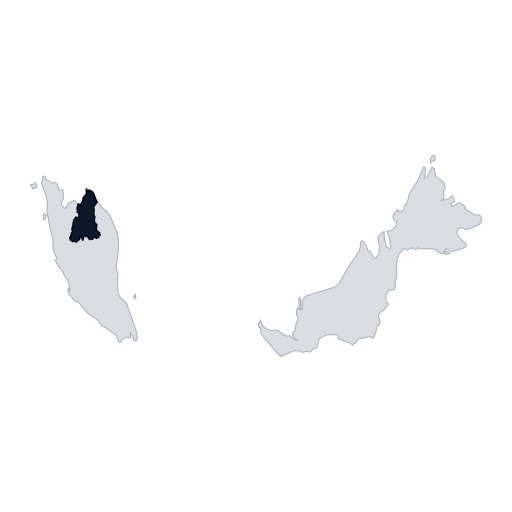 Kelantan on a map of Malaysia (Equal Earth projection)
{"feature_id": "MYS-1144", "entity_name": "Kelantan", "entity_type": "State", "adm_level": 1, "iso_a3": "MYS", "parent_name": "Malaysia", "parent_adm1": "", "projection": "equal_earth", "projection_center": [101.974, 5.407], "detail": "fine", "context": "in_parent", "style": "filled", "palette": "ink", "viewbox_px": 512, "rotation_deg": 0, "n_neighbors": 0, "source": "natural_earth", "source_scale": "10m", "svg_char_len": 8114}
<svg xmlns="http://www.w3.org/2000/svg" viewBox="0 0 512 512"><path d="M442.9,253.9L440.1,253.2L436.1,249.9L432.0,248.8L420.2,248.7L418.5,247.7L416.2,249.7L412.1,248.0L409.8,248.2L407.2,250.2L403.5,248.4L401.7,251.3L399.3,253.2L396.9,261.1L396.4,270.6L396.9,276.4L395.7,279.6L395.3,286.2L394.4,289.1L391.1,290.4L389.6,289.4L386.6,293.5L385.9,295.1L385.8,301.5L388.1,303.6L388.1,305.0L383.3,310.3L379.1,313.4L378.5,316.2L380.1,321.8L379.4,324.5L377.2,325.8L375.6,333.1L373.6,337.7L372.8,338.2L370.0,336.7L358.8,338.7L355.5,342.6L352.4,344.9L349.8,342.7L348.6,342.8L338.2,338.8L337.7,335.2L336.7,334.6L326.0,334.9L319.3,338.6L316.8,347.8L313.2,348.7L310.6,351.9L306.0,351.5L303.1,352.4L298.6,350.9L294.3,350.7L280.6,356.5L276.2,352.3L262.9,336.0L261.0,333.1L260.6,328.1L259.1,327.2L258.5,325.9L258.3,324.4L260.4,320.3L262.5,325.6L265.8,328.5L271.6,330.6L277.0,329.9L284.5,335.2L287.0,336.1L289.6,335.7L294.2,339.8L297.1,339.9L293.3,337.1L292.6,334.9L293.0,332.6L295.5,329.3L295.9,324.2L297.7,319.2L298.1,316.9L296.7,315.1L296.4,312.0L297.5,307.7L300.0,309.9L302.1,309.4L302.1,301.5L303.7,298.2L306.2,295.8L331.8,288.0L336.1,286.1L338.9,283.8L348.1,267.2L359.0,251.7L360.4,246.2L360.3,242.3L361.0,241.4L362.1,240.8L364.6,242.9L365.8,244.4L368.2,251.1L370.3,251.3L373.9,257.7L374.8,258.5L375.8,258.0L378.6,254.0L379.4,250.9L378.7,250.5L380.0,247.0L378.9,244.8L377.8,237.0L384.2,231.3L384.3,237.8L386.2,247.1L389.4,248.4L391.0,247.9L390.1,245.1L389.8,239.6L388.9,236.0L386.8,231.3L392.2,230.3L396.3,225.3L396.9,222.2L394.2,220.4L393.2,218.0L393.1,215.4L397.3,209.6L397.8,211.2L400.5,211.7L401.8,211.6L403.6,209.2L404.5,205.8L407.7,200.9L409.4,193.3L417.5,181.1L423.8,166.7L425.1,167.8L425.6,171.7L424.2,178.5L427.1,176.9L431.9,167.3L434.8,168.9L434.6,171.5L435.8,176.3L443.9,182.6L445.2,188.9L443.4,191.2L444.1,197.2L443.5,199.1L440.8,200.8L448.1,199.1L452.3,195.6L454.9,201.5L450.8,203.9L451.7,206.4L455.6,204.9L458.0,202.8L460.4,203.3L464.1,205.7L465.3,207.0L466.0,209.9L468.8,210.9L474.4,214.9L479.5,214.9L481.3,216.9L481.2,222.1L478.5,225.1L468.0,229.3L465.2,229.2L461.3,227.7L458.5,228.6L456.8,233.5L460.1,238.5L465.6,243.6L466.4,244.9L465.3,247.5L452.9,251.4L450.3,251.1L445.7,248.6L442.9,253.9ZM41.6,183.6L42.9,176.5L44.9,176.2L46.8,180.3L53.3,183.4L55.3,182.4L56.2,183.1L57.1,184.1L58.9,189.7L63.0,189.8L63.5,198.6L61.6,202.0L61.4,204.4L64.4,208.5L66.2,207.5L67.7,203.8L74.6,200.1L77.4,204.1L80.0,204.1L81.9,202.7L83.3,197.9L86.0,194.3L87.1,189.8L91.1,191.0L92.6,192.0L97.0,201.5L102.9,208.3L107.3,212.0L110.0,215.6L117.3,232.9L118.2,238.5L118.5,247.0L117.4,259.9L116.1,266.4L116.4,269.4L118.2,274.1L117.6,278.5L117.9,292.3L120.1,297.2L126.5,303.2L135.8,329.8L137.4,337.3L136.6,340.2L134.9,340.9L133.5,339.4L132.6,335.8L130.4,332.9L130.6,338.1L126.6,337.4L123.8,338.3L120.4,341.9L118.8,342.0L116.0,335.3L105.4,327.6L101.5,325.7L97.4,319.9L88.1,313.5L82.2,307.3L79.7,303.4L73.7,300.0L71.1,296.0L68.5,293.8L69.9,289.9L68.7,282.3L64.4,275.6L62.3,270.8L58.3,266.1L55.2,260.2L57.1,258.5L54.0,252.2L52.9,247.6L52.9,239.0L49.7,226.9L46.9,210.0L47.4,204.1L46.7,197.8L41.6,183.6ZM432.1,161.2L430.8,162.8L430.3,158.3L432.2,155.9L434.9,155.5L435.0,159.5L434.4,160.7L432.1,161.2ZM35.4,182.9L37.0,186.2L35.8,188.1L34.8,187.6L33.0,189.1L31.0,185.9L30.7,184.3L33.1,184.6L35.4,182.9ZM300.9,308.3L300.2,308.7L299.1,307.6L298.8,298.2L299.6,297.4L300.6,299.2L300.9,308.3ZM46.6,215.5L44.9,220.0L43.2,219.5L43.5,214.4L44.4,213.7L46.6,215.5ZM450.1,253.4L446.9,254.0L444.7,254.0L444.9,251.5L446.0,251.1L450.1,253.4ZM135.9,298.5L134.2,298.6L133.8,297.4L135.0,294.2L135.9,298.5ZM69.1,290.6L67.9,291.1L68.1,289.2L68.9,288.1L69.1,290.6Z" fill="#d9dde1" stroke="#a8b0b8" stroke-width="1"/><path d="M79.8,205.4L80.2,205.3L80.4,204.9L80.6,204.3L80.7,204.1L81.4,203.5L81.6,203.3L81.6,203.0L81.8,202.7L82.0,202.5L82.8,201.6L82.9,200.4L82.9,199.1L83.3,197.8L83.8,196.9L85.5,195.2L86.1,194.3L86.4,193.4L86.3,190.9L86.4,189.3L87.0,189.9L88.3,191.0L88.5,191.2L89.1,191.0L89.2,190.6L89.0,190.4L88.6,190.5L88.8,190.1L89.3,190.1L92.0,191.4L92.5,191.8L93.5,193.2L96.2,200.5L96.7,201.2L97.2,201.8L96.3,203.2L94.6,205.5L93.7,206.6L93.6,207.0L93.9,208.7L94.0,208.9L94.1,209.2L94.1,209.4L94.0,209.9L94.1,211.6L94.0,211.8L93.8,211.9L93.8,212.2L93.9,214.1L94.0,214.6L93.9,214.9L93.8,215.0L94.2,215.8L94.7,216.4L94.8,216.5L94.9,216.8L94.8,217.6L94.5,218.5L94.4,219.2L94.4,221.0L94.4,221.4L94.4,221.6L94.4,221.9L94.2,222.4L94.2,222.5L94.3,222.7L94.5,222.8L94.8,222.9L94.9,223.0L95.0,223.1L95.3,223.1L95.5,223.3L95.7,223.5L96.0,224.0L96.4,224.3L96.5,224.4L96.7,224.7L96.9,224.9L96.9,225.1L96.8,225.3L96.7,225.3L96.7,225.6L96.4,225.7L96.4,225.8L96.3,226.1L96.6,227.6L96.5,227.8L96.4,227.9L96.3,228.0L96.3,228.4L96.3,228.6L96.5,229.5L96.6,230.0L96.5,230.3L96.5,230.9L96.6,231.0L96.9,231.3L97.0,231.3L97.1,231.2L97.3,231.0L98.0,231.4L99.1,232.5L99.4,232.6L99.5,232.7L99.5,232.9L99.5,233.3L99.6,233.6L99.7,233.8L99.8,233.9L99.8,234.0L100.1,234.7L100.1,234.9L99.9,235.4L99.5,235.4L99.3,235.3L99.1,235.0L98.9,235.0L98.7,235.2L98.7,235.4L98.7,235.7L98.5,236.2L98.5,236.4L98.6,236.6L98.7,237.2L98.7,237.4L98.7,237.5L98.2,237.6L97.9,237.6L97.7,237.5L97.7,237.4L97.4,237.3L97.1,237.7L96.8,238.1L96.6,238.3L96.4,238.3L96.1,238.2L95.8,237.9L95.4,237.6L95.2,237.2L94.9,237.1L94.7,237.1L94.3,237.0L94.0,237.0L93.7,237.0L93.3,237.4L93.3,237.5L93.4,237.8L93.3,238.0L93.0,238.5L92.8,238.7L92.7,239.2L92.5,239.3L92.4,239.3L92.0,239.2L91.7,239.1L91.3,238.7L91.1,238.7L90.5,238.9L90.2,239.1L90.0,239.5L89.5,239.4L89.4,239.3L89.2,239.0L89.1,238.8L88.9,238.7L88.8,238.2L88.7,238.0L88.6,237.8L87.8,236.9L87.7,236.9L87.7,236.3L87.5,235.8L87.4,235.7L87.2,235.7L86.0,236.5L85.7,236.5L85.4,236.2L85.2,236.1L84.9,235.7L84.7,235.6L84.6,235.8L84.3,235.9L84.2,235.8L84.1,235.6L83.9,235.6L83.8,235.9L83.7,236.1L83.7,236.4L83.7,236.7L83.7,237.0L83.5,238.3L83.4,238.5L83.1,238.9L83.0,239.2L82.9,239.5L82.9,240.0L82.7,240.1L82.5,239.9L82.4,239.7L82.3,239.3L82.3,239.2L82.3,238.9L82.3,238.6L82.3,238.4L82.2,238.3L81.8,238.0L81.6,237.8L81.4,237.7L81.3,237.2L81.2,237.0L81.1,236.9L80.7,236.8L80.6,236.7L80.6,236.2L80.6,235.9L80.5,235.7L80.4,235.6L80.2,235.6L79.9,235.7L79.8,235.8L79.7,235.9L79.6,236.2L79.6,236.4L79.7,237.2L79.6,238.0L79.6,238.6L79.6,238.9L79.5,239.3L79.4,239.5L79.2,239.7L78.6,239.8L78.3,240.2L78.2,240.4L77.5,240.9L77.3,241.1L77.2,241.2L77.1,241.4L76.9,241.6L76.7,241.8L76.1,242.0L75.9,241.9L75.7,241.8L75.4,241.8L75.1,241.5L75.0,241.3L74.9,241.2L74.5,241.1L74.4,241.0L74.3,240.8L74.2,240.7L73.8,240.6L73.5,240.7L73.3,240.8L73.0,240.9L72.9,241.0L72.9,241.5L72.6,241.5L72.4,241.5L72.1,241.2L71.7,240.7L71.4,240.5L70.5,240.2L70.3,239.4L70.1,238.9L69.7,238.1L69.9,237.5L70.2,237.4L70.3,237.3L70.6,237.3L70.7,237.2L70.7,236.6L70.7,236.3L70.6,236.1L70.7,235.8L70.8,235.7L71.0,235.7L71.1,235.4L71.2,235.1L71.3,234.8L71.4,234.7L71.3,234.2L71.2,233.7L71.3,233.3L71.4,233.0L71.5,233.0L71.6,232.9L72.0,232.8L72.1,232.7L72.4,231.7L72.4,231.3L72.3,230.1L72.2,229.9L72.0,229.6L71.8,229.0L72.1,228.6L72.3,228.4L72.3,227.8L72.5,227.3L72.5,226.8L72.5,226.5L72.6,226.3L72.6,226.1L72.9,225.5L72.9,225.2L72.9,224.8L73.1,224.4L73.1,224.1L73.1,223.8L73.1,223.7L73.1,223.2L73.2,222.5L73.3,222.2L73.6,221.6L73.7,221.3L73.7,220.8L73.7,220.7L73.8,220.4L73.9,220.2L73.9,219.9L74.0,219.7L74.3,219.8L74.4,219.7L74.5,219.5L74.6,219.3L74.7,219.2L75.0,218.8L75.1,218.6L75.2,218.4L75.1,218.1L75.2,217.9L75.3,217.8L75.6,217.5L75.8,217.4L75.9,217.1L76.0,217.1L76.3,217.4L76.4,217.5L76.9,217.6L77.0,217.7L77.3,217.9L77.5,217.6L77.8,217.4L78.1,217.4L78.3,217.5L78.5,217.4L78.9,217.1L79.0,216.8L79.0,216.7L78.9,216.2L79.0,215.3L79.0,215.0L79.0,214.9L79.0,214.7L78.9,214.3L78.9,214.1L78.9,213.8L79.1,213.5L79.1,213.2L79.0,212.8L78.9,212.5L78.6,212.4L78.4,212.3L78.2,212.3L78.0,212.5L77.9,212.5L77.9,212.4L77.7,212.3L77.6,212.2L77.3,212.2L77.2,212.2L77.2,211.9L77.3,211.3L77.5,210.9L77.6,210.6L77.6,210.4L77.6,210.2L77.5,209.9L77.5,209.7L77.4,209.6L77.2,209.4L77.1,209.1L77.1,208.9L77.1,208.5L77.1,208.1L77.0,207.9L77.1,207.7L77.3,207.2L77.7,206.8L77.7,206.7L77.8,206.3L77.9,204.7L78.2,204.0L78.5,203.9L78.8,204.0L79.0,204.3L79.1,204.7L79.3,205.0L79.8,205.4Z" fill="#0f172a" stroke="#020617" stroke-width="1.5"/></svg>